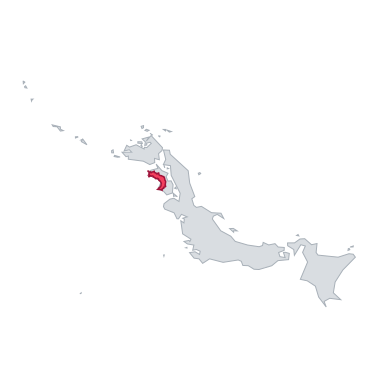 Kōchi highlighted on a map of Japan, rotated 83°
{"feature_id": "JPN-1834", "entity_name": "Kōchi", "entity_type": "Prefecture", "adm_level": 1, "iso_a3": "JPN", "parent_name": "Japan", "parent_adm1": "", "projection": "mercator", "projection_center": [133.234, 33.28], "detail": "fine", "context": "in_parent", "style": "filled", "palette": "rose", "viewbox_px": 384, "rotation_deg": 83, "n_neighbors": 0, "source": "natural_earth", "source_scale": "10m", "svg_char_len": 6293}
<svg xmlns="http://www.w3.org/2000/svg" viewBox="0 0 384 384"><g transform="rotate(83 192 192)"><path d="M264.8,102.9L270.9,104.4L270.6,115.1L274.9,121.8L277.1,135.0L276.2,139.9L272.0,145.1L271.1,150.5L266.8,151.5L265.1,154.4L265.6,169.7L260.5,182.7L264.1,190.1L259.2,193.2L257.9,198.0L251.9,201.8L251.7,196.3L254.9,192.1L251.8,191.1L249.6,194.7L249.9,198.4L244.9,196.6L243.0,202.9L240.1,206.0L239.7,200.9L240.9,200.2L238.7,198.8L232.4,206.4L219.2,206.6L221.7,203.8L218.0,202.9L216.9,204.4L216.1,199.8L212.9,205.2L217.0,208.7L216.7,210.2L210.5,212.3L205.7,221.1L203.1,222.1L200.2,221.2L196.4,214.8L196.0,210.8L199.8,206.1L191.8,203.9L173.0,210.6L163.2,210.2L161.3,217.1L156.5,214.1L146.8,215.2L147.8,209.3L151.9,209.0L170.4,193.2L182.9,193.2L196.9,189.8L198.7,193.0L205.5,191.8L207.8,189.5L207.4,184.4L214.9,175.2L216.6,165.8L222.2,163.7L217.3,169.7L218.6,173.8L221.3,175.1L234.0,168.2L240.6,158.9L246.3,155.1L251.4,143.3L254.5,132.0L253.7,128.5L250.7,127.5L253.9,122.3L253.4,115.9L257.1,113.2L258.3,107.2L261.2,107.7L262.6,113.4L266.9,112.6L268.4,107.6L263.2,108.6L263.2,106.8L264.8,102.9ZM298.8,60.9L309.3,64.0L317.0,57.5L314.3,68.3L316.7,74.2L322.5,72.8L311.7,79.1L300.5,81.0L294.2,88.4L291.9,95.1L275.6,85.8L265.4,89.6L259.4,86.1L257.6,90.4L267.3,98.1L261.5,98.0L257.0,103.6L254.2,103.4L255.0,96.4L251.8,90.6L252.1,85.8L258.9,79.8L258.4,74.2L267.2,76.2L270.0,74.6L274.5,54.9L272.4,43.7L273.4,39.6L276.6,37.8L287.8,51.8L298.8,60.9ZM149.8,220.5L156.0,220.5L154.1,225.1L158.3,225.4L159.6,230.6L155.5,236.5L151.7,251.2L148.6,250.8L148.9,253.2L144.0,256.6L145.1,247.0L142.5,249.0L142.9,254.3L137.7,251.1L139.8,248.5L138.3,241.7L143.5,234.3L141.8,233.8L142.4,231.4L138.8,226.5L137.5,227.5L138.0,231.1L139.8,231.1L140.0,233.2L136.6,232.2L133.2,235.0L132.2,228.1L135.9,231.1L131.0,225.7L144.4,215.9L147.2,216.7L149.8,220.5ZM182.5,209.9L190.6,211.6L191.8,217.4L187.5,220.4L185.2,225.5L178.8,221.8L174.7,223.9L169.0,232.5L165.4,230.2L164.4,222.9L159.9,224.2L167.1,219.3L170.5,213.5L173.6,215.8L178.2,214.6L178.4,211.4L182.5,209.9ZM115.5,315.2L110.8,318.0L110.1,321.8L108.3,322.6L111.3,314.7L113.6,315.0L115.4,312.2L115.5,315.2ZM237.0,155.6L232.9,159.1L233.2,155.4L236.1,151.9L235.6,155.5L237.0,155.6ZM132.3,290.5L128.5,295.7L126.1,294.0L132.3,290.5ZM136.9,239.8L135.5,239.6L136.1,235.7L137.9,235.4L136.9,239.8ZM194.1,210.8L191.0,210.7L194.9,207.1L193.8,209.2L194.1,210.8ZM143.3,266.9L141.2,266.8L140.5,265.2L143.6,265.1L143.3,266.9ZM129.8,207.2L127.3,209.6L129.5,205.1L129.8,207.2ZM147.3,265.0L146.2,264.4L148.5,259.1L148.4,261.7L147.3,265.0ZM120.2,232.0L122.3,232.3L122.9,233.9L120.6,234.5L120.2,232.0ZM128.2,210.8L126.4,212.8L126.7,210.3L128.2,210.8ZM64.0,346.2L61.5,346.1L61.5,345.7L62.6,344.5L64.0,346.2ZM175.7,183.1L174.1,183.5L173.7,181.8L174.8,181.1L175.7,183.1ZM125.1,231.2L124.2,229.7L125.5,227.1L126.3,229.1L125.1,231.2ZM68.7,343.2L68.1,345.2L66.9,345.3L66.3,344.2L68.7,343.2ZM124.2,301.1L123.0,301.0L123.1,298.7L123.6,298.6L124.2,301.1ZM269.0,44.3L267.3,43.8L267.1,42.9L268.5,42.4L269.0,44.3ZM141.4,235.8L139.4,237.1L138.8,236.5L141.4,235.8ZM247.9,93.5L247.1,91.9L248.6,91.3L247.9,93.5ZM162.0,216.7L163.2,216.2L164.8,216.1L162.0,216.7ZM266.2,38.8L265.9,41.8L265.2,38.5L266.2,38.8ZM130.2,225.0L128.6,226.5L130.9,223.9L130.2,225.0ZM82.3,340.2L80.2,340.4L80.4,338.5L81.0,339.4L82.3,340.2ZM133.3,217.3L132.1,218.6L132.6,216.9L133.3,217.3ZM186.9,207.2L186.1,208.8L185.2,207.5L186.9,207.2ZM127.2,295.0L126.9,296.0L126.5,294.8L127.2,295.0ZM247.0,203.8L246.6,205.0L246.3,203.8L247.0,203.8ZM133.5,246.5L132.5,246.9L133.5,245.9L133.5,246.5ZM165.9,212.4L166.0,213.8L165.0,213.6L165.9,212.4ZM252.3,227.7L251.1,227.9L251.1,227.2L252.3,227.7ZM279.2,314.5L279.3,315.7L278.6,314.3L279.2,314.5Z" fill="#d9dde1" stroke="#a8b0b8" stroke-width="1"/><path d="M186.6,221.5L186.3,221.8L186.0,222.5L185.6,223.7L185.5,224.2L185.4,224.6L185.4,224.8L185.3,225.2L185.3,225.5L185.2,225.7L185.0,225.2L184.8,224.9L184.6,224.9L184.3,224.8L184.4,224.6L184.0,224.2L183.6,223.6L183.4,223.1L183.0,223.0L182.7,222.9L182.4,222.5L182.2,222.0L181.4,221.9L180.3,221.7L180.0,221.4L179.2,221.5L178.5,221.7L178.3,221.9L177.8,222.1L176.8,222.6L176.6,222.9L176.7,223.1L176.5,223.3L176.2,223.5L175.9,223.5L175.7,223.5L175.4,223.7L175.2,224.0L175.2,223.8L175.0,223.7L174.8,223.9L174.5,224.1L174.3,224.4L174.4,224.7L174.3,224.8L174.3,225.0L174.5,225.3L174.4,225.5L174.3,225.9L174.1,226.1L174.0,226.3L173.8,226.4L173.9,226.7L174.0,226.8L173.8,226.9L173.7,226.7L173.3,227.1L172.9,227.7L172.6,228.1L172.5,228.3L172.5,228.5L172.4,228.7L172.2,228.6L171.9,228.4L171.5,228.7L171.3,229.2L171.2,229.7L171.4,230.3L171.3,230.8L171.2,230.9L170.9,230.9L170.8,231.1L170.8,231.3L170.8,231.6L171.0,231.7L171.0,231.9L171.1,232.0L171.4,232.2L171.5,232.4L171.6,232.6L171.6,232.9L171.3,233.0L171.1,232.9L170.9,232.5L170.8,232.4L170.6,232.2L170.3,232.1L170.0,232.2L169.9,232.5L169.8,232.2L169.6,232.2L169.5,232.3L169.3,232.5L169.1,232.6L168.9,232.6L168.6,232.5L168.1,232.2L167.9,231.9L167.4,232.1L166.9,232.5L166.8,232.2L166.9,231.8L167.1,231.4L167.3,231.0L167.7,230.6L167.8,230.4L167.1,230.3L167.4,229.8L167.5,229.7L167.4,229.3L167.4,229.0L167.2,228.5L167.2,228.3L167.2,228.2L167.1,227.9L167.0,227.7L166.8,227.2L166.8,226.9L167.0,226.9L167.3,227.2L167.5,227.3L167.7,227.2L167.9,226.8L168.1,226.6L168.4,226.4L168.5,226.3L168.5,226.2L168.6,225.8L168.6,225.6L168.8,225.5L169.0,225.3L169.7,224.9L169.9,224.7L169.9,224.4L169.6,224.1L169.4,223.9L169.2,223.6L169.1,223.4L169.1,223.2L169.0,222.9L169.1,222.7L170.7,222.7L171.0,222.6L171.3,222.3L171.7,221.8L171.8,221.6L171.8,221.2L172.0,220.7L172.1,220.3L172.2,220.1L172.5,219.9L172.6,219.7L173.1,218.7L173.3,218.4L173.3,218.2L173.5,218.0L173.8,218.1L174.1,218.0L174.3,217.7L174.5,217.6L174.9,217.6L175.3,217.5L175.8,217.5L176.3,217.4L176.8,217.4L177.1,217.4L177.4,217.2L177.9,216.9L178.9,216.9L180.1,217.3L180.5,217.4L180.9,217.4L181.1,217.5L181.7,217.8L182.0,217.9L182.3,217.8L182.4,217.6L182.6,217.5L182.8,217.5L183.3,217.5L183.5,217.9L183.6,218.1L183.7,218.3L183.8,219.4L183.9,219.5L184.3,219.5L184.6,219.5L184.8,219.6L185.0,219.7L185.0,219.9L185.0,220.0L184.9,220.4L185.2,221.0L185.3,221.2L185.6,221.3L185.9,221.4L186.0,221.3L186.6,221.5ZM166.2,232.6L166.3,232.8L166.3,233.0L166.2,233.1L165.9,233.1L165.9,232.9L165.9,232.7L166.0,232.5L166.2,232.6Z" fill="#f43f5e" stroke="#9f1239" stroke-width="1.5"/></g></svg>